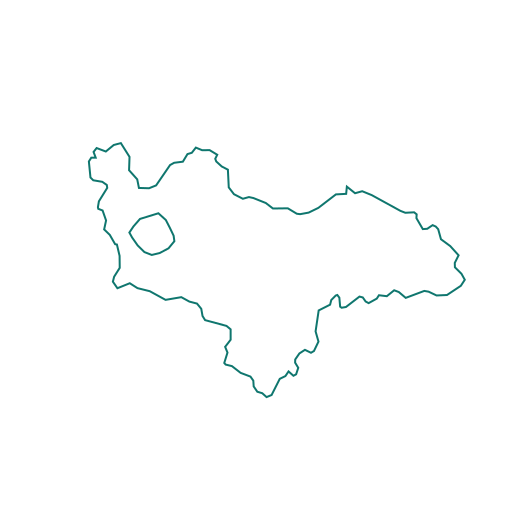 SVG path tracing the border of Derbyshire, rotated 120°
{"feature_id": "GBR-2059", "entity_name": "Derbyshire", "entity_type": "Administrative County", "adm_level": 1, "iso_a3": "GBR", "parent_name": "United Kingdom", "parent_adm1": "", "projection": "mercator", "projection_center": [-1.584, 53.108], "detail": "fine", "context": "isolated", "style": "outline", "palette": "teal", "viewbox_px": 512, "rotation_deg": 120, "n_neighbors": 0, "source": "natural_earth", "source_scale": "10m", "svg_char_len": 2088}
<svg xmlns="http://www.w3.org/2000/svg" viewBox="0 0 512 512"><g transform="rotate(120 256 256)"><path d="M150.5,212.0L152.1,201.6L146.8,196.4L145.4,186.2L144.7,153.5L143.9,148.3L139.1,140.9L139.6,137.7L143.0,136.0L149.3,125.0L146.8,121.3L141.0,118.5L140.6,115.1L141.7,111.6L149.0,104.2L150.3,92.7L154.1,80.9L162.6,80.4L166.3,78.1L168.7,69.1L172.2,63.3L179.4,63.7L194.3,71.1L199.9,79.9L200.6,88.7L202.1,92.8L217.4,105.4L215.8,114.3L216.6,119.2L225.4,122.6L228.5,129.9L232.5,130.1L240.5,134.9L240.6,138.3L238.5,142.8L239.4,146.1L255.2,152.6L258.0,156.0L257.8,157.8L250.4,163.0L249.1,166.1L250.4,167.2L256.5,168.8L261.1,167.5L271.8,174.5L291.5,166.7L298.9,159.1L309.3,158.3L312.3,160.0L312.8,166.7L318.7,169.7L326.0,170.3L328.8,168.8L331.7,163.5L338.4,162.1L341.0,163.7L339.7,170.1L345.3,170.5L350.5,174.0L368.6,173.0L372.9,176.3L371.7,182.0L372.9,187.0L370.1,192.8L365.3,196.0L363.2,200.5L364.9,210.9L363.4,221.8L365.2,228.0L364.5,230.0L353.9,232.4L350.1,237.3L341.2,236.1L332.2,241.3L331.3,246.6L337.0,268.0L334.7,272.3L329.1,277.0L326.7,283.3L328.8,290.9L329.0,300.1L339.2,312.4L339.6,330.4L343.1,342.6L342.7,351.7L353.2,359.9L349.8,367.1L344.9,368.5L334.4,368.1L324.1,374.2L315.6,382.2L316.2,383.9L310.8,393.2L308.9,400.8L300.2,403.6L293.3,411.6L294.0,416.2L292.8,417.3L287.2,419.4L271.4,418.9L269.1,420.7L268.6,426.2L271.8,434.8L270.8,438.6L257.7,448.0L253.2,447.8L251.0,444.0L247.1,448.7L242.2,448.0L240.6,438.3L231.0,434.7L225.8,429.5L233.4,415.1L245.2,408.8L249.0,397.2L255.6,391.4L250.8,382.5L244.8,377.8L220.2,375.9L216.2,373.5L210.9,366.5L202.0,366.3L198.7,363.2L192.2,362.3L191.3,355.5L187.5,349.1L187.7,340.2L192.2,339.9L194.0,337.7L195.6,330.4L195.3,323.5L210.2,313.9L213.5,306.0L213.0,296.0L208.5,291.6L207.1,287.2L205.2,274.0L206.4,265.1L198.8,252.3L199.0,241.8L197.7,238.7L192.1,232.1L183.2,226.1L162.7,217.6L157.1,209.0L150.5,212.0ZM299.0,377.4L301.9,372.6L306.0,363.8L308.4,354.6L307.2,346.8L301.6,340.9L293.1,335.6L284.0,334.1L279.6,337.5L274.6,344.8L269.9,352.1L267.8,361.9L281.9,375.0L291.6,376.9L299.0,377.4Z" fill="none" stroke="#0f766e" stroke-width="2"/></g></svg>